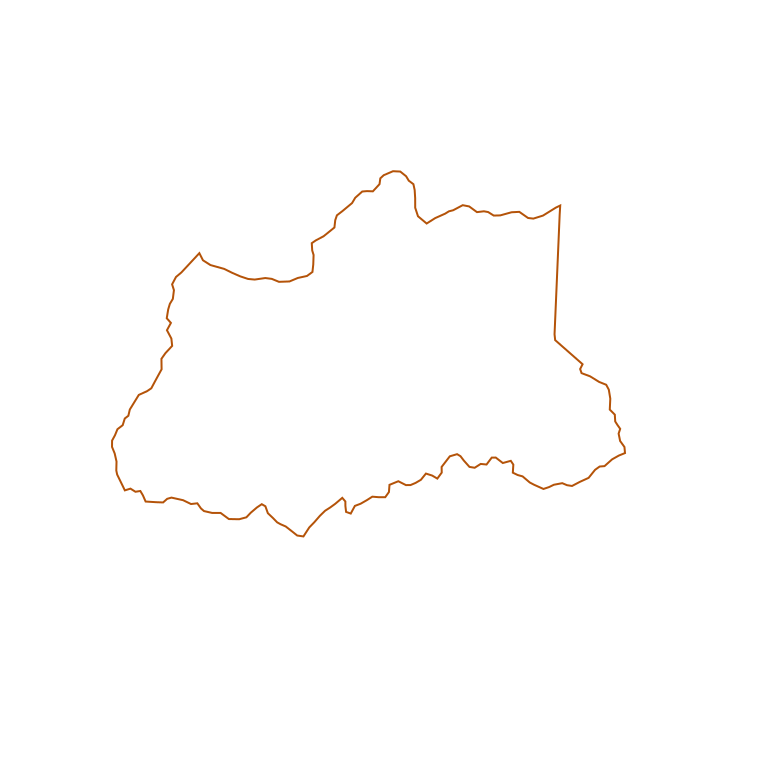 the district of Urutaí, Goiás, Brazil, rotated 221°
{"feature_id": "56859067B7648793924799", "entity_name": "Urutaí", "entity_type": "district", "adm_level": 2, "iso_a3": "BRA", "parent_name": "Brazil", "parent_adm1": "Goiás", "projection": "robinson", "projection_center": [-48.198, -17.435], "detail": "fine", "context": "isolated", "style": "outline", "palette": "amber", "viewbox_px": 768, "rotation_deg": 221, "n_neighbors": 0, "source": "geoboundaries", "source_scale": "gbopen_adm2", "svg_char_len": 2662}
<svg xmlns="http://www.w3.org/2000/svg" viewBox="0 0 768 768"><g transform="rotate(221 384 384)"><path d="M509.8,133.7L506.7,138.7L500.9,139.6L497.7,143.4L492.9,141.8L486.8,138.9L478.3,145.4L473.0,149.7L472.3,155.1L469.9,158.8L459.4,164.5L450.9,166.8L446.6,171.5L440.5,170.0L436.5,170.0L429.0,174.0L422.7,179.5L412.5,180.3L404.6,186.9L400.4,193.1L400.1,199.5L398.9,207.5L397.4,213.1L393.3,213.9L386.9,210.3L379.8,210.0L373.9,209.5L370.1,210.3L364.7,212.0L357.0,212.4L350.1,212.7L344.8,216.1L346.3,226.7L345.9,234.0L345.9,242.5L345.3,249.7L343.6,255.5L342.2,261.6L340.8,270.7L336.1,270.0L333.1,266.6L328.7,262.6L324.1,264.4L326.0,272.9L323.1,278.3L320.7,285.2L318.9,291.3L314.0,294.9L308.8,299.4L309.4,305.7L313.7,311.5L309.4,320.0L301.1,322.1L297.7,325.1L295.3,330.0L293.3,335.9L293.6,343.9L287.6,346.5L281.7,347.6L282.3,355.0L286.1,359.2L286.9,372.6L282.8,379.0L278.9,379.7L273.6,378.6L265.1,377.5L260.6,380.3L258.6,387.1L253.8,390.5L254.4,399.1L251.4,401.8L242.5,402.3L237.9,409.2L233.5,408.0L228.6,401.6L223.4,403.0L218.8,405.2L209.4,405.3L204.7,406.4L194.8,409.4L191.8,414.5L189.7,419.4L184.4,426.1L179.5,427.7L175.2,430.4L172.0,438.6L168.0,447.4L168.4,457.7L167.1,463.2L163.7,466.7L162.4,476.8L159.8,484.1L156.8,490.0L161.2,494.2L168.4,495.9L174.4,500.5L176.3,505.1L180.8,506.2L184.9,507.4L189.7,512.3L196.8,512.8L203.6,521.4L210.6,527.2L215.8,529.2L223.0,526.7L233.5,525.0L242.0,521.8L245.8,524.0L247.1,529.2L283.6,529.4L287.9,533.4L362.4,626.9L368.1,634.3L370.0,629.9L374.5,615.4L379.8,606.8L384.2,603.8L394.8,602.7L400.4,597.3L406.9,587.5L411.7,583.1L418.2,582.1L421.9,579.9L426.6,574.7L436.2,573.9L441.9,570.6L445.8,560.5L448.3,556.9L449.6,552.7L454.2,542.8L457.1,533.1L468.4,532.9L476.1,537.5L482.3,544.6L488.1,550.5L492.9,554.1L498.7,553.7L503.6,555.3L511.1,555.0L516.8,550.5L521.2,541.4L521.7,536.8L518.5,531.9L518.8,522.1L523.4,518.4L526.7,515.0L527.9,505.7L526.8,499.6L528.8,487.3L530.2,480.4L528.3,475.7L524.1,469.6L526.5,456.0L529.7,447.6L530.9,442.9L525.8,437.7L521.8,435.2L515.8,427.8L511.5,421.6L513.0,415.0L518.6,407.5L522.6,399.4L525.6,396.6L530.3,392.2L537.7,389.7L543.1,386.1L550.1,378.0L555.5,374.1L563.2,370.9L571.5,368.3L580.2,366.0L593.0,359.9L601.8,358.6L609.2,361.6L610.1,335.2L611.2,328.3L609.3,320.2L604.1,317.0L599.2,309.7L598.2,304.0L595.8,298.7L591.1,291.1L584.9,290.3L583.1,282.2L574.3,278.8L568.9,273.8L569.2,263.8L568.5,257.0L561.5,249.2L560.0,242.3L558.5,235.5L556.8,228.1L558.1,223.2L561.9,214.9L559.1,198.0L556.1,192.3L557.0,187.9L554.2,181.5L555.5,175.0L553.4,168.8L552.1,162.9L548.0,158.1L541.7,154.9L535.0,150.0L529.3,143.1L526.0,140.6L513.5,135.3L509.8,133.7Z" fill="none" stroke="#b45309" stroke-width="2"/></g></svg>